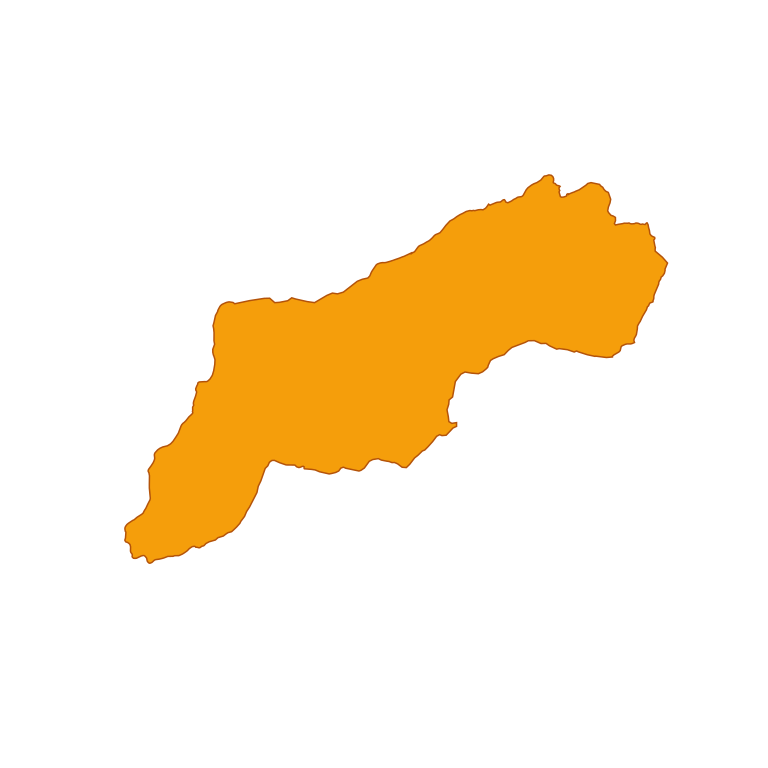 Palestina, Huila, Colombia, rotated 36°
{"feature_id": "7082276B12666092596275", "entity_name": "Palestina", "entity_type": "district", "adm_level": 2, "iso_a3": "COL", "parent_name": "Colombia", "parent_adm1": "Huila", "projection": "equal_earth", "projection_center": [-76.155, 1.674], "detail": "fine", "context": "isolated", "style": "filled", "palette": "amber", "viewbox_px": 768, "rotation_deg": 36, "n_neighbors": 0, "source": "geoboundaries", "source_scale": "gbopen_adm2", "svg_char_len": 6160}
<svg xmlns="http://www.w3.org/2000/svg" viewBox="0 0 768 768"><g transform="rotate(36 384 384)"><path d="M562.3,203.2L561.2,202.4L560.3,201.6L559.6,199.5L559.5,197.8L559.1,195.6L556.5,190.4L555.0,188.1L554.5,184.4L554.5,182.9L553.4,177.3L552.7,169.8L551.7,166.6L552.1,165.3L551.6,163.5L551.6,161.9L552.7,160.5L553.3,159.3L552.7,158.7L552.4,157.3L551.9,156.1L550.6,154.2L550.0,152.5L547.5,141.8L546.6,140.3L546.2,139.0L546.2,136.8L545.4,134.6L545.9,132.8L545.8,129.7L544.7,127.0L543.8,125.8L542.3,119.5L534.8,117.8L525.3,117.1L523.9,115.3L523.5,114.3L521.9,113.0L517.6,109.0L517.7,107.3L516.8,106.3L514.4,106.8L512.9,106.9L510.8,106.2L508.5,103.8L506.2,102.0L504.0,99.9L502.1,99.0L501.7,99.5L501.5,101.5L499.0,102.7L498.5,103.4L497.6,104.1L495.6,104.4L494.3,105.0L493.2,105.7L492.3,107.1L490.4,108.8L488.8,109.6L487.9,109.6L487.4,109.9L486.8,110.6L483.8,112.7L482.7,114.1L479.7,117.1L477.8,119.3L476.1,118.8L475.3,115.8L473.3,113.2L470.7,113.4L468.5,114.1L465.2,113.4L463.2,112.5L461.5,108.9L460.4,104.7L458.8,101.3L452.9,97.2L450.1,97.7L447.7,97.3L445.4,96.3L442.6,96.3L441.1,95.8L433.1,99.4L431.0,102.0L430.5,104.5L429.8,106.5L427.8,112.1L425.7,115.5L425.2,116.6L424.2,118.0L422.6,120.5L421.8,122.2L421.3,121.8L421.0,121.9L420.4,123.2L421.1,124.3L421.0,124.8L420.0,126.4L419.1,127.5L417.7,128.6L416.5,128.7L412.8,125.8L412.6,125.3L412.5,124.2L411.1,123.4L410.3,122.4L410.3,120.6L409.3,120.7L407.0,121.6L406.3,121.6L404.8,121.2L403.4,121.6L402.6,121.6L402.1,120.9L401.6,119.6L400.4,118.0L398.7,117.0L396.7,116.8L394.5,117.9L392.9,120.2L391.6,121.4L391.3,122.1L391.0,126.9L389.3,131.2L387.5,134.0L386.4,136.4L385.1,140.6L384.9,143.2L385.7,149.7L385.5,150.8L384.9,151.8L382.9,153.7L382.2,154.6L381.6,156.3L380.3,158.7L380.0,159.8L379.5,161.2L377.8,164.3L377.4,164.7L375.6,165.2L374.1,164.4L373.1,164.1L372.4,164.7L371.9,165.7L371.6,167.2L371.1,168.4L368.7,170.5L368.1,171.3L365.0,176.3L364.7,177.0L362.9,177.0L363.0,180.0L362.9,181.6L362.7,182.5L361.7,184.9L359.9,185.9L357.9,187.6L355.6,190.4L354.3,191.0L353.3,192.2L351.5,193.2L349.1,196.1L347.4,199.7L346.0,202.2L344.5,205.8L343.4,209.4L341.5,213.4L340.8,219.3L340.7,224.3L340.4,228.6L339.3,230.7L338.8,231.4L337.8,233.1L337.3,235.5L337.3,236.7L336.6,240.4L336.0,242.2L335.1,243.9L333.7,247.3L331.7,250.8L331.1,252.2L331.0,253.7L331.0,258.8L330.6,259.9L330.2,260.5L329.5,262.4L329.1,261.8L325.1,269.1L324.2,270.3L322.4,273.2L317.1,280.8L314.2,284.5L313.0,285.6L311.3,286.8L309.8,288.3L308.1,290.8L307.7,292.2L307.9,299.0L308.1,301.1L309.0,304.9L308.6,307.8L304.9,312.0L302.0,316.6L297.1,333.6L293.4,338.4L288.8,340.8L285.7,345.9L280.0,359.0L273.4,362.5L262.5,367.2L258.7,368.5L257.2,373.2L251.4,379.4L247.8,382.4L241.1,381.8L236.8,385.1L226.3,395.5L216.1,406.8L213.9,406.8L210.4,408.6L208.9,410.2L208.2,411.2L206.2,414.7L205.7,416.6L205.7,417.9L206.1,421.0L206.5,422.6L206.8,423.0L207.4,427.6L210.2,434.0L211.5,437.4L213.7,439.4L216.3,442.3L221.0,448.9L223.6,451.4L225.1,456.6L226.9,459.0L228.8,460.7L230.4,461.7L233.0,463.7L235.5,467.5L238.4,473.3L240.0,477.8L240.3,482.3L239.6,485.6L238.8,486.6L237.1,487.8L233.5,490.8L233.0,491.6L232.8,492.4L233.5,494.1L233.7,495.7L234.5,498.6L235.5,499.7L236.4,500.0L237.3,500.9L238.7,504.6L240.2,509.8L240.9,511.3L241.6,512.3L242.4,512.8L242.6,513.3L242.8,515.2L243.4,516.1L244.0,516.7L244.2,517.2L244.6,517.5L245.3,519.0L245.9,519.3L246.3,519.8L246.3,521.2L245.5,525.2L245.3,530.3L244.9,532.7L244.5,533.8L244.3,535.8L244.5,537.3L246.5,544.6L246.8,548.9L247.0,554.5L246.5,558.0L245.1,561.3L242.0,565.0L240.4,567.9L239.6,570.4L239.2,574.3L239.5,575.6L239.9,576.4L242.1,578.8L242.7,580.0L243.1,581.4L243.5,583.3L243.7,586.7L243.7,591.4L244.0,592.5L244.7,593.4L246.0,594.0L248.2,596.1L253.2,603.2L255.4,606.2L262.1,613.8L262.8,615.3L263.4,619.4L264.4,624.6L264.5,627.0L265.0,630.2L264.5,632.0L262.6,636.8L261.5,641.1L260.9,642.0L259.1,646.8L258.6,648.8L258.6,650.8L258.8,652.1L259.2,653.0L260.0,654.0L261.4,655.3L262.0,655.4L262.5,655.9L265.4,660.6L266.1,662.6L266.6,663.0L267.9,663.5L269.7,662.9L271.6,662.9L272.9,663.2L274.7,664.7L277.1,668.2L278.3,669.1L279.7,669.5L280.3,669.8L280.9,670.3L281.7,671.7L282.4,672.1L283.8,672.2L285.1,671.4L286.2,670.4L288.7,665.8L289.9,664.4L290.7,663.8L292.1,663.8L294.3,664.4L296.5,666.4L297.5,666.8L299.0,667.0L299.6,666.8L300.2,666.3L301.1,664.8L301.8,661.4L302.5,660.3L305.1,657.8L307.5,655.0L308.5,653.6L310.4,650.6L314.6,647.4L315.5,646.0L318.8,643.5L319.2,643.0L320.9,640.0L321.7,638.0L322.7,635.1L323.0,633.6L323.1,632.3L323.7,630.2L324.4,628.4L325.2,627.5L326.3,626.6L327.2,626.5L327.6,626.7L328.9,625.9L330.3,625.4L331.2,624.7L331.7,623.4L331.9,622.5L333.2,620.9L333.4,620.3L333.7,617.7L335.3,614.4L339.3,609.3L340.0,605.9L343.4,601.4L344.2,598.6L345.1,596.1L347.5,593.1L348.1,590.3L348.8,586.4L349.3,581.4L348.9,579.3L349.0,573.1L347.8,568.0L347.5,562.5L345.0,546.5L342.4,540.7L341.3,534.7L337.5,522.1L338.1,518.5L337.3,514.7L338.2,511.8L340.2,510.2L345.9,509.0L352.4,507.0L359.5,502.0L362.1,502.3L364.3,501.6L365.5,500.1L366.2,498.8L367.2,498.0L368.2,498.0L368.7,499.0L369.4,499.4L375.5,495.7L378.8,494.0L383.4,492.9L392.5,489.0L394.3,487.1L396.9,484.0L398.5,481.0L398.5,477.5L399.9,475.3L401.0,474.9L402.4,474.7L414.9,469.1L416.1,467.4L417.5,463.5L417.5,455.2L419.3,451.7L423.3,447.7L426.6,447.1L431.4,444.9L433.7,443.7L436.6,442.9L438.7,441.3L441.9,440.6L447.6,440.7L451.2,438.5L452.0,433.8L452.2,425.8L453.4,421.5L454.4,415.6L455.8,413.4L456.5,408.7L457.2,401.9L457.3,395.4L458.8,392.3L461.2,391.7L464.4,388.9L465.7,379.0L467.6,375.6L465.4,372.6L462.0,376.0L458.6,376.3L455.3,372.7L450.1,367.8L448.3,362.4L446.0,358.6L447.1,354.2L440.3,340.1L440.4,330.9L442.5,326.7L448.2,323.9L454.3,320.2L456.6,316.2L457.7,312.1L458.1,309.6L457.3,307.4L456.3,302.4L457.5,299.3L460.5,294.3L464.0,289.6L464.8,283.7L466.0,279.2L473.8,267.3L475.3,264.2L480.2,260.5L487.2,259.0L491.2,255.9L495.5,255.8L503.2,254.3L504.9,252.4L512.3,248.4L519.1,246.3L520.4,244.1L522.5,243.7L531.3,240.8L538.5,237.6L538.8,237.1L548.4,231.8L552.9,227.9L552.5,227.5L552.8,225.5L555.1,220.3L555.4,219.2L555.4,218.0L554.0,214.7L554.1,213.2L555.9,210.1L557.0,208.8L560.0,206.6L561.0,205.4L562.3,203.2Z" fill="#f59e0b" stroke="#b45309" stroke-width="1.5"/></g></svg>